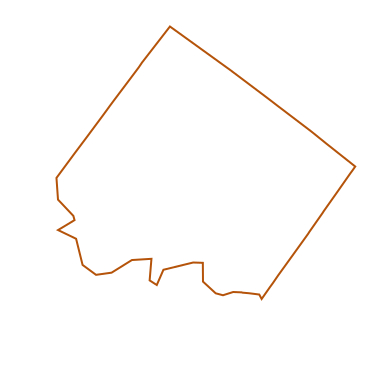 Jackson, Missouri, United States of America, rotated 215°
{"feature_id": "52423323B46140943178406", "entity_name": "Jackson", "entity_type": "district", "adm_level": 2, "iso_a3": "USA", "parent_name": "United States of America", "parent_adm1": "Missouri", "projection": "albers", "projection_center": [-94.442, 39.035], "detail": "fine", "context": "isolated", "style": "outline", "palette": "amber", "viewbox_px": 384, "rotation_deg": 215, "n_neighbors": 0, "source": "geoboundaries", "source_scale": "gbopen_adm2", "svg_char_len": 920}
<svg xmlns="http://www.w3.org/2000/svg" viewBox="0 0 384 384"><g transform="rotate(215 192 192)"><path d="M72.9,306.5L109.9,308.7L128.9,310.0L171.9,311.7L183.0,312.2L232.2,313.9L234.3,313.9L305.0,314.9L307.2,269.3L307.1,263.6L308.5,222.0L308.7,214.9L308.7,214.2L308.9,204.1L309.7,175.2L310.3,157.3L311.1,125.8L297.4,108.9L275.5,104.4L272.1,101.6L279.9,84.0L260.1,87.2L239.8,69.5L223.1,69.1L211.6,79.8L202.2,101.8L186.9,114.0L176.0,95.3L167.5,95.6L170.8,111.9L150.6,134.9L142.5,140.2L131.6,124.9L114.5,122.6L107.4,125.2L100.9,133.7L93.7,138.3L93.1,138.4L87.0,141.9L78.1,146.6L73.6,144.3L73.6,158.8L73.5,163.7L73.6,173.4L73.4,186.2L73.4,186.6L73.1,208.7L72.9,224.5L73.0,226.4L73.0,239.8L73.0,248.8L73.0,250.0L73.1,251.6L73.1,251.9L73.1,253.0L73.0,275.2L73.0,279.9L73.0,281.3L73.0,284.2L73.0,293.1L73.0,293.8L73.0,294.3L73.0,294.6L73.0,298.0L72.9,301.8L72.9,306.5Z" fill="none" stroke="#b45309" stroke-width="2"/></g></svg>